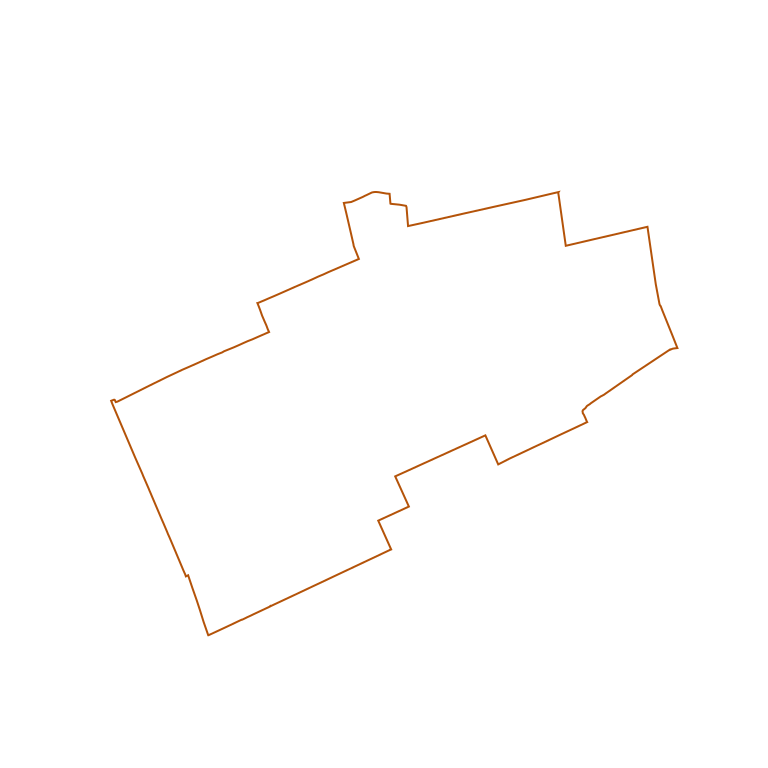 outline of Obarsia, Olt, Romania, rotated 317°
{"feature_id": "2599482B32252281662846", "entity_name": "Obarsia", "entity_type": "district", "adm_level": 2, "iso_a3": "ROU", "parent_name": "Romania", "parent_adm1": "Olt", "projection": "equal_earth", "projection_center": [24.286, 43.896], "detail": "fine", "context": "isolated", "style": "outline", "palette": "amber", "viewbox_px": 768, "rotation_deg": 317, "n_neighbors": 0, "source": "geoboundaries", "source_scale": "gbopen_adm2", "svg_char_len": 2632}
<svg xmlns="http://www.w3.org/2000/svg" viewBox="0 0 768 768"><g transform="rotate(317 384 384)"><path d="M623.1,557.8L628.2,544.8L635.2,526.6L637.7,520.1L639.5,515.7L639.4,514.9L640.0,513.4L650.8,496.4L681.2,452.6L683.3,449.6L683.9,448.7L634.9,420.5L611.2,406.9L639.5,366.4L641.4,363.6L641.9,362.9L642.6,362.7L637.6,359.8L612.9,345.7L584.6,329.0L557.8,313.3L520.9,291.8L509.3,284.9L521.1,270.0L521.6,268.7L517.6,263.4L511.8,256.8L511.7,256.5L517.8,248.7L515.6,246.3L510.9,240.1L509.2,238.2L507.7,236.9L505.8,235.7L501.6,234.4L501.3,234.3L500.3,234.0L498.8,233.5L498.0,233.2L497.4,233.1L495.4,232.5L495.2,232.4L487.6,229.8L484.1,228.5L479.1,224.9L478.1,224.2L472.9,233.4L463.5,249.7L457.0,260.9L456.3,261.9L455.9,262.6L453.4,269.0L450.9,275.4L419.5,264.2L414.3,262.5L412.2,261.7L409.2,260.6L404.0,258.9L396.4,256.3L392.5,254.9L384.7,252.1L378.0,249.8L373.1,248.1L366.8,245.9L362.3,244.3L358.5,242.9L354.2,241.4L346.9,238.7L346.6,238.5L345.3,241.9L343.7,245.8L341.5,250.8L340.1,254.7L339.3,256.9L338.0,260.7L337.6,261.7L336.3,264.8L335.4,267.6L325.2,264.0L318.0,261.5L313.8,259.8L309.2,258.2L304.4,256.6L299.0,254.7L289.4,251.0L287.1,250.5L282.6,248.7L276.6,246.6L270.8,244.5L261.2,241.3L252.0,238.1L246.1,236.0L239.2,233.8L229.6,230.7L225.2,229.4L216.3,226.7L208.6,224.4L186.2,217.8L177.1,215.1L176.1,214.6L175.5,214.3L176.0,212.6L176.2,212.2L176.2,211.9L175.9,211.4L174.0,210.6L173.0,210.2L172.3,211.9L171.9,212.9L171.3,214.5L152.0,267.7L146.0,284.9L145.2,286.9L140.6,299.9L139.6,302.5L139.5,302.9L137.8,307.5L129.6,330.1L128.5,333.2L127.7,335.5L124.4,344.6L123.6,346.6L123.3,347.6L122.4,350.2L121.5,352.7L118.6,360.6L117.9,362.5L117.0,365.0L116.5,366.3L113.2,375.3L110.2,383.4L109.2,386.3L108.9,387.3L107.9,389.6L109.3,390.0L110.3,390.3L104.8,402.4L99.4,414.7L95.2,423.8L89.8,435.0L84.1,447.9L84.2,448.0L96.4,452.0L101.3,453.6L118.9,459.2L118.9,459.3L119.7,459.7L123.2,460.8L125.0,461.3L126.4,461.8L127.7,462.2L128.2,462.4L131.5,463.4L148.9,469.0L149.1,468.8L149.7,468.9L149.7,469.2L153.5,470.4L164.3,473.9L173.6,476.9L274.8,509.3L275.1,509.2L275.5,509.4L275.6,509.6L276.4,509.9L286.6,480.0L318.6,490.6L329.2,459.2L423.1,490.7L412.7,520.7L425.0,524.2L443.0,530.0L450.9,532.5L470.8,538.9L479.3,541.6L486.7,544.0L499.7,548.2L506.6,550.4L506.7,549.9L508.4,545.3L508.4,545.0L509.1,543.2L509.5,540.9L510.0,540.3L510.6,539.3L511.4,538.9L512.0,538.8L513.2,538.9L514.9,539.0L515.9,538.8L516.6,538.6L517.5,538.5L518.9,538.7L520.7,539.1L521.8,539.1L534.1,540.9L535.0,541.2L537.7,541.9L539.5,542.1L571.6,546.7L572.3,546.5L616.4,553.8L616.3,554.0L619.1,555.0L620.5,555.9L623.1,557.8Z" fill="none" stroke="#b45309" stroke-width="2"/></g></svg>